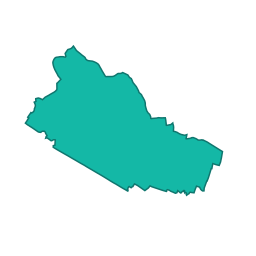 Rosiori, Bihor, Romania, rotated 19°
{"feature_id": "2599482B96012513693118", "entity_name": "Rosiori", "entity_type": "district", "adm_level": 2, "iso_a3": "ROU", "parent_name": "Romania", "parent_adm1": "Bihor", "projection": "orthographic", "projection_center": [21.943, 47.265], "detail": "fine", "context": "isolated", "style": "filled", "palette": "teal", "viewbox_px": 256, "rotation_deg": 19, "n_neighbors": 0, "source": "geoboundaries", "source_scale": "gbopen_adm2", "svg_char_len": 5250}
<svg xmlns="http://www.w3.org/2000/svg" viewBox="0 0 256 256"><g transform="rotate(19 128 128)"><path d="M145.7,187.2L147.0,187.5L148.3,187.7L148.3,187.4L148.2,187.2L148.3,186.7L147.9,186.6L147.5,186.5L147.5,186.0L147.6,184.8L147.6,184.1L147.7,183.8L147.9,183.2L148.1,182.9L149.8,183.4L150.5,183.4L151.2,182.1L151.3,181.8L151.7,181.7L152.3,178.8L152.7,178.8L155.9,179.3L159.1,180.2L159.8,180.4L164.3,181.7L166.7,178.2L167.7,175.5L169.5,175.8L180.7,175.7L185.0,175.5L185.1,175.4L184.9,174.6L185.0,173.9L185.5,173.4L186.6,173.4L187.2,173.4L189.2,173.9L191.5,174.0L193.4,174.2L194.2,174.2L194.9,173.6L195.3,173.3L195.4,171.0L196.0,171.2L197.5,171.8L198.8,172.3L199.2,172.1L199.5,171.8L199.5,171.7L199.5,171.2L199.9,170.7L200.5,169.9L200.7,169.5L200.9,169.1L201.1,168.9L201.6,168.8L201.9,168.9L202.1,169.2L202.0,169.5L201.9,170.0L202.4,170.2L202.6,170.7L202.8,170.9L202.9,170.6L203.2,170.3L203.9,170.2L204.2,170.4L204.4,170.7L204.5,171.1L204.5,171.5L204.7,171.9L205.3,172.5L205.6,172.0L206.0,171.5L206.3,171.0L206.7,170.6L207.0,170.3L207.1,169.8L207.3,169.1L207.6,168.5L207.9,168.4L208.5,168.4L209.6,168.2L211.5,167.8L211.5,163.9L211.7,160.7L214.9,160.6L216.6,162.2L217.8,162.9L219.1,163.2L220.3,162.7L219.6,160.0L219.7,153.9L219.8,152.2L220.1,152.2L220.1,151.8L220.2,148.7L219.9,139.2L220.5,139.1L220.1,136.4L219.9,134.9L219.8,134.0L221.4,134.0L222.1,134.0L222.9,134.0L224.3,133.9L225.3,133.8L226.4,133.7L226.6,130.1L226.2,127.2L226.1,126.1L225.0,119.5L223.5,119.2L210.0,116.1L207.6,115.5L202.9,114.9L202.9,115.2L201.2,115.3L200.3,115.9L199.5,116.2L199.1,116.4L198.0,116.5L197.1,116.2L196.4,116.1L195.7,115.9L195.0,115.9L194.4,115.9L193.2,115.8L192.9,115.8L192.4,116.0L191.7,116.2L191.5,116.4L191.3,116.5L191.1,116.7L191.1,116.8L189.8,117.7L189.5,117.9L188.9,118.1L188.5,118.4L187.4,119.0L186.6,119.2L186.4,119.2L185.9,115.7L185.8,115.1L185.0,115.7L184.6,116.0L184.1,116.4L183.8,116.4L183.3,116.5L182.2,116.6L181.1,116.7L180.9,116.7L180.7,116.8L179.8,116.8L179.1,116.7L178.7,116.7L178.4,116.7L177.6,116.5L176.9,116.4L176.4,116.2L176.1,116.2L175.9,116.2L175.7,116.1L175.3,116.1L174.5,116.1L174.0,116.1L173.4,116.1L172.1,116.3L172.0,116.2L171.9,116.0L170.9,112.4L170.5,111.6L170.1,110.8L169.5,110.0L169.3,109.8L169.0,109.3L168.7,108.7L167.3,110.9L166.0,111.6L164.8,112.3L164.3,112.6L164.0,112.7L163.5,113.0L163.4,113.0L162.4,110.9L161.8,109.7L161.5,109.0L160.5,107.1L159.9,106.2L157.8,107.0L157.6,107.1L156.2,107.6L155.5,107.8L153.9,108.2L153.5,108.3L151.7,109.4L150.0,110.1L147.7,111.1L147.3,111.4L146.9,111.4L146.4,111.5L145.8,110.0L145.6,109.8L144.1,108.1L142.1,107.2L140.2,105.7L139.4,104.6L138.0,102.6L137.3,101.5L137.1,101.2L136.2,98.8L135.6,97.9L135.3,97.4L134.7,96.6L133.6,95.6L133.4,95.4L132.9,94.9L132.2,94.3L131.8,94.0L131.0,93.3L130.3,92.5L129.6,92.0L128.5,91.5L126.9,90.9L125.9,89.5L124.0,87.7L122.4,86.2L120.0,84.7L117.9,83.4L116.3,81.5L115.0,80.2L112.9,79.7L110.6,77.9L107.8,77.6L104.9,77.3L104.6,77.6L104.2,78.1L103.8,78.5L103.4,78.7L102.3,79.2L100.9,79.7L100.5,80.1L100.0,80.8L98.7,82.6L97.5,83.8L96.7,84.3L94.6,85.1L91.7,86.1L90.7,86.5L90.1,86.6L89.8,86.4L89.4,86.2L88.6,85.5L86.8,84.0L84.9,82.4L83.3,80.9L82.0,79.8L81.1,79.0L80.3,78.2L79.6,77.7L79.0,77.3L78.1,77.0L76.3,76.6L73.9,76.4L72.8,76.4L72.5,76.4L72.1,76.5L70.8,76.8L69.3,77.1L68.2,77.3L67.5,77.2L66.9,77.1L65.9,76.7L65.6,76.5L64.6,75.5L64.2,75.2L63.9,75.1L63.7,75.0L62.5,74.6L60.3,73.9L59.1,73.4L56.3,72.4L54.4,71.7L53.4,71.1L52.8,70.6L50.4,68.8L49.7,68.3L49.4,69.0L49.1,69.9L48.8,70.5L48.6,70.8L48.7,71.0L46.7,72.7L46.5,72.8L46.1,73.0L45.7,73.3L45.5,73.6L45.5,73.8L45.3,74.3L45.1,75.0L45.0,75.4L44.4,77.6L44.3,77.9L46.0,80.7L45.5,81.5L43.5,81.7L42.2,82.1L41.0,82.5L40.2,82.9L38.6,83.8L37.5,84.3L36.9,84.7L36.3,85.3L35.8,86.6L35.6,87.7L35.5,88.9L35.5,89.6L35.7,90.7L36.2,91.7L37.0,93.1L38.0,94.5L39.7,96.5L41.5,98.2L43.3,99.8L45.0,101.5L47.5,103.0L48.7,103.8L46.5,108.6L46.2,108.9L48.0,114.0L48.2,115.0L47.4,116.8L46.6,118.0L45.1,119.7L43.4,121.6L42.8,122.4L39.6,125.9L39.1,126.9L37.9,129.1L36.7,128.8L36.1,128.9L35.4,128.7L34.9,128.7L34.3,128.8L34.1,128.8L33.7,128.8L33.3,128.9L32.1,129.7L31.2,130.3L31.3,130.7L32.3,132.8L30.9,134.1L32.4,135.7L33.0,136.6L33.3,137.8L33.3,139.5L33.2,140.6L33.4,141.0L33.6,141.3L33.5,142.7L33.0,143.9L32.7,144.3L31.9,145.2L31.2,145.0L29.9,149.7L29.7,150.5L30.9,150.8L30.6,152.1L30.4,152.4L30.3,152.9L30.3,153.5L29.5,156.5L29.4,156.8L31.4,157.5L32.4,157.8L33.5,158.0L34.6,158.3L34.8,158.4L36.4,158.7L39.7,159.6L39.9,159.7L40.8,159.9L41.1,160.0L44.3,160.9L44.6,160.9L45.1,160.9L46.2,160.7L47.0,160.5L47.4,159.6L47.7,159.3L48.4,158.8L48.9,158.6L49.4,158.6L49.7,158.4L49.8,158.3L50.3,158.4L50.8,158.7L51.3,159.1L51.7,159.5L51.9,160.0L52.5,160.3L53.0,161.0L53.8,161.3L54.0,161.7L53.9,162.0L53.6,162.5L53.4,162.8L53.4,163.2L53.5,163.7L53.5,164.4L53.9,164.1L54.3,163.9L54.8,163.8L55.5,163.9L56.4,164.2L57.0,164.3L57.7,164.6L58.3,164.7L59.0,165.0L59.4,165.1L60.0,164.9L60.4,164.5L60.8,164.0L61.2,163.5L61.8,163.2L62.9,162.9L63.1,162.9L64.5,168.1L63.1,169.0L63.6,170.6L68.3,171.6L76.1,173.1L80.5,173.9L85.4,174.9L89.0,175.6L95.0,176.8L99.0,177.5L101.5,178.1L112.9,180.4L119.0,181.6L125.8,183.1L128.7,183.8L132.5,184.6L135.0,185.0L135.7,185.2L136.4,185.3L139.5,186.0L143.9,186.9L145.7,187.2Z" fill="#14b8a6" stroke="#0f766e" stroke-width="1.5"/></g></svg>